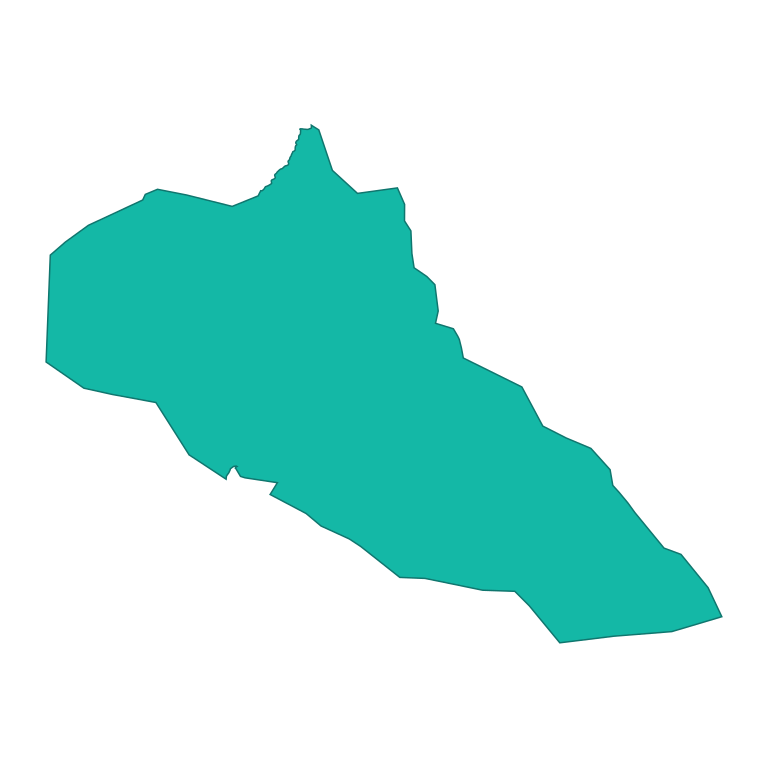 Delger, Govi-Altay, Mongolia (Equal Earth projection)
{"feature_id": "93677404B14709319621932", "entity_name": "Delger", "entity_type": "district", "adm_level": 2, "iso_a3": "MNG", "parent_name": "Mongolia", "parent_adm1": "Govi-Altay", "projection": "equal_earth", "projection_center": [97.409, 46.215], "detail": "fine", "context": "isolated", "style": "filled", "palette": "teal", "viewbox_px": 768, "rotation_deg": 0, "n_neighbors": 0, "source": "geoboundaries", "source_scale": "gbopen_adm2", "svg_char_len": 3391}
<svg xmlns="http://www.w3.org/2000/svg" viewBox="0 0 768 768"><path d="M397.4,187.9L357.5,193.4L332.4,170.4L318.8,129.9L315.6,127.9L311.3,125.2L311.4,127.5L311.3,127.9L311.1,128.2L310.7,128.4L310.3,128.5L309.8,128.7L309.3,128.9L308.8,129.1L308.3,129.3L307.6,129.4L306.8,129.4L306.1,129.3L304.7,129.2L304.4,129.2L303.7,129.1L303.2,129.1L302.5,128.9L301.7,128.9L301.0,128.8L300.5,128.8L300.2,128.9L300.0,129.0L299.9,129.1L299.9,129.3L300.1,129.4L300.2,129.7L300.5,129.9L300.6,130.6L300.6,131.1L300.5,131.8L300.5,132.5L300.4,133.4L300.4,133.6L300.2,134.2L300.2,134.3L299.8,134.8L299.2,135.3L299.0,135.6L298.8,136.3L298.7,137.4L298.7,138.6L298.6,139.3L298.4,139.6L298.1,139.8L297.6,140.2L297.5,140.3L297.4,140.4L297.0,140.7L296.6,141.0L296.2,141.5L296.1,141.9L296.0,142.0L295.8,142.5L295.8,142.9L295.9,143.3L296.3,143.9L296.6,144.3L296.7,144.8L296.6,145.0L296.0,145.5L295.7,145.8L295.4,146.5L295.3,147.2L295.2,147.9L295.2,148.0L295.2,148.6L295.2,149.1L295.2,149.5L295.1,150.0L294.9,150.4L294.4,150.9L294.3,151.0L294.1,151.1L293.2,151.5L292.7,151.9L292.6,152.3L292.4,152.9L292.1,153.4L292.1,153.5L291.7,154.1L291.5,154.7L291.4,154.8L291.3,155.2L291.2,155.6L291.0,156.2L290.8,156.4L290.6,156.6L290.2,157.2L289.9,157.9L289.9,158.0L289.7,158.5L289.7,159.1L289.5,159.5L289.1,160.0L288.7,160.6L288.4,160.8L288.2,161.0L288.1,161.3L288.1,161.6L288.1,161.9L288.3,162.4L288.5,162.9L288.6,163.5L288.6,164.0L288.3,164.6L287.9,165.0L287.6,165.3L286.9,165.5L285.9,165.8L285.5,165.9L285.3,165.9L285.0,166.1L284.6,166.4L284.0,166.9L283.5,167.4L282.9,168.0L282.2,168.6L281.9,168.7L281.7,168.8L281.0,168.9L280.5,169.2L280.1,169.4L279.7,169.7L279.0,170.3L278.1,171.2L277.4,171.8L277.0,172.3L276.5,173.2L275.9,173.7L275.6,173.9L275.3,174.1L275.2,174.3L275.0,174.5L274.8,174.8L274.7,175.0L274.7,175.3L274.7,175.5L274.8,175.8L274.9,176.2L275.0,176.5L275.3,177.1L275.3,177.4L275.2,177.7L275.1,178.0L274.8,178.3L274.5,178.6L273.9,179.0L273.5,179.3L273.3,179.4L272.8,179.5L272.4,179.6L272.0,179.8L271.7,180.1L271.3,180.6L271.3,180.8L271.3,181.3L271.4,181.9L271.5,182.3L271.6,182.9L271.6,183.1L271.6,183.4L271.4,183.7L271.0,183.9L270.2,184.5L269.3,185.0L268.3,185.6L267.4,186.0L267.2,186.1L266.9,186.2L266.6,186.3L266.1,186.5L265.5,186.7L265.2,187.1L265.0,187.4L264.8,187.7L264.4,188.5L264.1,188.9L263.8,189.2L263.3,189.7L262.8,190.2L262.6,190.4L262.5,190.5L262.3,190.6L262.1,190.7L261.7,190.8L260.7,190.7L260.3,191.5L260.1,192.0L259.2,193.6L259.2,193.8L258.1,195.9L232.2,206.4L186.6,195.0L157.5,189.3L145.3,194.4L142.7,200.0L88.4,225.3L65.4,242.0L50.3,255.1L46.1,362.0L83.9,388.2L112.5,394.5L155.9,402.5L189.0,454.7L189.0,454.8L226.1,479.2L226.3,477.3L226.5,476.1L227.1,475.1L228.8,472.8L230.1,470.0L230.4,468.8L232.2,467.4L233.9,466.3L236.3,466.1L237.0,466.5L236.4,466.8L235.5,467.5L235.3,468.2L235.8,468.5L240.5,476.4L245.0,477.8L277.4,482.7L270.1,494.5L306.1,513.5L321.0,526.0L349.2,538.9L360.9,546.6L399.8,577.4L425.0,578.4L482.6,590.2L514.8,591.3L529.2,605.7L559.8,642.8L613.8,636.2L671.8,631.6L721.8,616.7L708.1,587.7L681.0,554.4L664.0,548.1L634.8,512.5L628.0,503.1L618.8,492.0L618.7,491.9L618.5,491.7L612.8,485.4L610.1,469.7L590.9,448.4L566.2,438.0L542.8,426.1L521.9,387.0L463.3,358.0L461.4,347.9L459.3,339.4L457.7,336.1L453.4,328.8L435.5,323.3L438.2,311.0L434.9,284.7L426.8,276.5L414.1,267.8L411.9,253.5L410.9,230.9L404.5,220.9L404.6,204.4L397.4,187.9Z" fill="#14b8a6" stroke="#0f766e" stroke-width="1.5"/></svg>